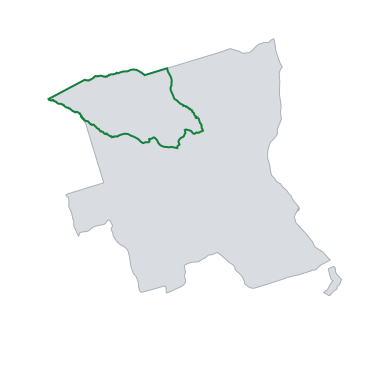 Angola, with Cuando Cubango highlighted, rotated 163°
{"feature_id": "AGO-1888", "entity_name": "Cuando Cubango", "entity_type": "Province", "adm_level": 1, "iso_a3": "AGO", "parent_name": "Angola", "parent_adm1": "", "projection": "mercator", "projection_center": [19.423, -15.802], "detail": "fine", "context": "in_parent", "style": "outline", "palette": "green", "viewbox_px": 384, "rotation_deg": 163, "n_neighbors": 0, "source": "natural_earth", "source_scale": "10m", "svg_char_len": 9458}
<svg xmlns="http://www.w3.org/2000/svg" viewBox="0 0 384 384"><g transform="rotate(163 192 192)"><path d="M313.5,183.1L313.9,185.7L314.3,189.4L314.6,192.1L315.0,193.3L315.1,193.9L314.7,194.6L314.4,196.2L313.9,197.6L313.5,198.6L313.8,200.5L313.4,205.8L313.3,208.5L314.1,213.3L314.0,214.7L312.3,219.1L311.9,221.3L311.8,222.4L313.5,225.7L313.4,226.3L312.1,226.5L311.0,226.6L273.7,226.6L273.7,282.8L273.7,287.6L274.9,294.0L277.1,301.0L278.0,301.7L280.2,302.9L283.3,305.6L285.0,307.5L288.6,311.0L293.2,315.4L301.7,322.8L273.3,328.4L262.5,330.4L261.5,330.4L259.9,329.6L256.4,329.5L252.3,330.5L249.0,330.8L246.6,330.3L244.3,329.4L242.0,328.0L238.0,327.5L232.3,327.9L226.9,327.6L221.7,326.7L217.9,326.4L215.6,326.6L213.2,326.3L210.6,325.5L208.5,324.2L205.9,321.4L203.8,318.7L203.3,318.3L202.7,317.9L202.0,317.8L190.8,317.6L122.4,317.5L114.4,318.0L113.8,317.9L112.8,317.6L112.2,317.0L109.9,315.5L108.0,314.3L105.3,312.4L103.6,310.3L102.2,309.6L99.6,309.2L97.7,308.8L96.1,308.7L93.3,309.7L91.3,310.7L89.8,311.7L87.2,312.8L85.0,313.9L81.3,313.7L80.5,313.9L78.4,313.8L76.4,312.9L74.4,312.9L72.1,314.2L68.9,314.6L69.7,306.7L70.5,303.2L70.5,299.1L70.0,288.3L69.5,286.8L69.1,285.1L71.1,283.7L72.1,282.7L73.4,280.9L74.4,278.5L75.5,272.9L79.7,260.3L81.7,247.9L84.2,242.1L85.1,235.6L92.0,227.1L93.7,222.0L97.3,219.4L102.4,216.7L106.0,211.9L107.8,208.6L109.8,202.2L109.8,195.6L111.0,186.8L110.8,184.2L108.9,180.7L108.5,178.2L106.8,175.7L104.9,173.9L104.0,170.5L100.7,165.3L99.8,161.8L98.3,159.3L98.0,156.2L97.2,152.9L95.6,149.7L94.1,146.0L94.1,144.9L95.0,143.5L95.9,143.0L95.6,143.7L95.0,144.5L95.2,145.2L101.3,138.7L101.7,137.4L101.4,136.0L101.4,134.3L101.7,132.3L95.9,120.4L91.3,109.3L90.6,103.7L84.5,96.4L82.1,91.6L80.8,88.3L79.7,87.0L80.1,86.4L81.7,86.2L85.2,85.4L89.9,84.6L94.3,82.6L95.4,81.8L97.8,81.6L100.1,82.1L101.0,81.8L101.5,81.7L107.1,81.7L109.4,81.6L113.7,81.6L116.4,81.8L117.9,82.0L122.1,82.3L127.2,82.3L129.1,82.1L135.9,82.0L148.6,81.8L155.3,81.8L160.4,81.8L162.7,82.5L164.8,83.8L165.8,85.0L166.3,85.5L166.9,86.8L168.0,87.8L168.5,89.4L168.1,91.5L168.3,94.0L169.0,96.9L170.4,100.1L172.5,103.3L173.4,105.9L173.1,107.8L173.8,109.8L175.4,112.0L176.5,113.1L177.2,113.9L179.0,117.2L184.8,126.3L185.7,126.8L187.0,126.6L189.7,126.3L192.4,126.2L194.3,127.0L195.0,126.8L197.9,125.3L200.8,124.8L203.8,124.2L205.4,123.5L207.2,123.5L212.1,124.8L213.0,124.8L217.0,124.8L220.9,124.1L221.5,118.9L221.5,117.8L222.5,115.9L223.7,114.2L223.9,112.5L223.8,110.3L224.7,107.5L227.3,105.4L231.6,104.4L234.1,104.2L237.9,103.6L243.8,102.9L245.9,103.0L246.1,103.3L244.9,107.1L244.8,108.3L245.3,109.6L246.3,110.2L257.9,110.4L269.1,110.8L269.7,111.0L270.2,111.3L270.9,113.1L270.8,116.8L269.7,122.1L270.1,127.1L272.0,131.7L272.2,138.8L270.7,148.4L270.4,154.5L271.2,157.1L273.1,159.7L275.9,162.5L278.1,166.1L279.6,170.6L280.2,173.4L279.8,174.5L279.8,176.5L280.3,179.4L279.7,181.3L278.2,182.2L277.7,183.5L278.5,185.9L278.6,188.1L279.7,189.6L280.4,189.7L282.0,188.9L283.8,187.4L285.3,186.8L287.4,186.9L290.4,187.3L295.6,187.5L297.3,187.2L302.1,185.2L303.4,185.0L305.3,185.2L308.1,185.8L310.8,185.9L312.1,185.3L312.3,184.5L312.7,183.5L313.5,183.1ZM95.5,57.1L95.2,57.4L93.0,58.3L90.7,59.1L87.6,62.5L86.0,64.0L85.6,64.3L84.1,65.1L83.1,65.8L83.1,66.2L83.8,66.7L84.5,67.4L84.5,72.9L84.2,78.4L83.8,78.8L81.8,79.0L79.2,79.4L78.4,79.6L78.1,79.1L77.2,77.1L77.7,75.2L78.2,73.8L77.6,70.9L76.3,68.4L74.9,65.1L74.4,64.5L75.6,63.4L77.4,61.1L78.2,60.0L80.2,59.7L81.0,58.9L81.6,57.5L81.8,56.8L84.1,56.1L86.9,55.0L88.5,53.8L90.0,53.0L91.0,52.9L91.7,53.3L93.5,55.4L95.0,56.8L95.5,57.1Z" fill="#d9dde1" stroke="#a8b0b8" stroke-width="1"/><path d="M273.5,291.6L274.3,292.7L275.0,293.8L274.4,293.8L274.6,294.1L274.8,294.9L275.2,295.4L275.2,296.2L275.9,296.3L276.2,296.5L276.0,297.0L275.8,297.4L275.7,297.7L275.7,298.1L276.3,299.2L276.2,299.7L276.3,299.9L276.7,299.9L276.9,300.1L277.0,300.7L277.2,301.0L278.9,302.4L279.1,302.5L279.3,302.5L279.8,302.3L279.9,302.2L280.3,302.5L280.8,302.6L281.0,302.8L281.1,303.1L281.7,303.9L282.1,304.0L282.3,304.1L282.5,304.3L283.9,306.6L284.1,307.2L284.3,307.5L284.6,307.6L285.2,307.8L285.5,308.1L285.5,308.6L285.6,308.8L286.0,308.9L287.2,309.4L287.4,309.6L288.3,310.6L288.7,311.1L289.0,311.7L289.2,312.7L289.4,313.0L289.7,313.2L290.3,313.5L291.1,314.3L291.6,314.6L292.9,315.1L293.8,315.4L294.1,315.6L294.9,316.5L295.0,316.7L295.2,317.3L295.6,317.9L296.1,318.5L296.6,318.9L297.4,319.2L297.6,319.4L297.7,319.8L297.7,320.4L297.9,320.7L298.3,320.8L299.3,320.6L299.9,320.6L300.5,320.9L300.9,321.2L301.3,321.6L301.8,322.0L301.6,322.3L301.6,322.6L301.8,322.9L283.7,326.4L262.2,330.6L261.9,330.7L261.7,330.7L261.4,330.2L260.8,329.9L259.7,329.5L258.8,329.0L258.4,328.9L257.6,329.0L257.3,328.9L257.0,329.0L256.6,329.2L256.3,329.2L256.0,329.1L252.3,330.1L252.0,330.7L251.3,330.8L250.8,331.0L250.2,331.1L249.8,330.7L249.2,330.4L248.9,330.3L248.7,330.4L248.6,330.5L248.2,330.5L247.9,330.3L247.8,330.2L247.4,330.0L246.7,329.9L245.9,330.0L245.4,330.1L245.2,330.0L244.6,329.5L243.9,329.2L242.9,328.2L242.4,328.0L241.8,328.1L241.1,327.4L240.8,327.3L239.9,327.5L239.7,327.3L239.0,327.9L238.5,327.7L238.0,327.7L237.5,327.8L237.2,328.1L237.1,327.9L236.8,328.1L236.5,328.1L236.0,328.1L234.8,328.2L233.9,327.9L233.1,327.5L230.0,327.5L229.9,327.6L229.5,328.1L229.2,328.1L228.3,327.7L228.2,327.6L228.0,327.2L227.6,327.1L227.1,327.1L226.0,327.4L222.5,327.4L219.4,326.5L219.0,326.3L218.1,326.3L217.3,326.2L216.9,326.3L216.2,326.6L214.5,326.7L211.9,326.2L210.1,325.3L209.3,325.1L209.1,324.9L208.7,324.3L207.5,323.1L207.0,322.8L206.8,322.6L206.7,322.4L206.5,321.9L205.5,321.0L205.2,320.9L205.1,320.6L204.4,319.3L203.9,319.1L203.9,318.9L203.5,318.1L203.3,317.9L203.2,317.6L179.7,317.6L179.8,314.0L178.8,309.5L178.6,307.4L178.6,306.0L178.8,304.6L179.0,303.9L179.9,301.9L180.3,300.2L181.6,298.6L181.9,298.0L182.2,297.4L182.5,296.2L182.4,293.6L181.8,289.6L181.8,287.0L181.6,286.4L181.3,285.7L181.0,285.4L180.0,284.5L177.4,279.9L176.9,279.4L175.8,278.6L175.4,278.1L175.2,277.1L174.8,277.3L174.7,277.1L174.5,276.7L174.3,276.6L173.7,276.5L172.8,275.7L172.4,275.5L172.4,275.4L172.6,275.1L171.9,274.7L171.7,274.5L171.2,274.1L171.1,273.7L171.0,273.1L170.9,272.9L170.2,272.8L169.9,272.6L169.7,272.3L169.6,272.1L169.7,271.6L169.7,271.4L169.1,271.2L168.2,270.2L168.0,269.8L168.0,269.5L168.0,269.3L168.3,269.1L168.3,268.8L168.2,268.4L167.9,268.1L167.7,267.8L167.3,267.2L167.1,266.9L167.1,266.4L167.3,265.3L167.2,264.8L167.0,264.4L166.2,263.4L166.2,263.2L166.5,262.4L166.7,262.2L166.3,261.9L165.5,261.8L165.8,261.4L165.2,261.3L164.8,261.0L164.4,260.5L164.1,260.1L164.1,258.3L164.2,257.9L164.1,256.8L164.2,256.0L164.0,255.5L163.7,254.8L163.6,254.5L163.3,252.7L163.4,252.4L163.7,252.2L163.9,250.9L164.0,250.2L163.6,248.8L163.6,248.6L163.8,248.2L163.6,247.4L164.0,247.2L166.0,247.2L166.9,247.1L167.6,246.8L168.2,246.7L168.8,246.8L169.2,246.9L169.9,247.4L170.2,247.6L170.7,247.6L171.1,247.5L171.7,247.1L172.3,246.9L172.7,247.0L173.2,247.1L173.4,247.3L173.7,247.6L174.3,248.7L174.5,249.1L174.7,250.1L174.9,250.5L175.8,251.3L176.9,252.0L177.5,252.3L178.7,253.1L179.3,253.4L179.8,253.5L180.1,253.6L180.5,253.5L180.3,253.2L180.3,252.9L180.9,252.1L181.0,251.7L181.0,251.4L181.0,250.6L181.1,250.2L182.2,249.4L182.8,248.7L183.4,247.8L183.7,247.6L184.2,247.3L184.4,247.3L185.1,247.4L186.0,247.0L186.7,247.0L186.9,247.0L187.9,246.3L188.4,246.2L189.1,245.5L189.5,245.2L190.1,244.5L190.2,244.1L190.2,242.2L190.1,241.7L190.0,241.2L190.3,240.8L192.0,240.4L192.6,239.9L192.9,239.1L193.2,238.3L193.8,238.6L198.4,241.1L199.1,241.3L199.6,241.3L200.1,241.2L200.8,241.4L203.3,242.6L204.1,242.8L204.7,243.0L205.2,243.2L206.5,244.2L206.7,244.3L207.0,244.4L207.2,244.6L207.4,245.0L208.2,245.5L208.7,246.1L208.8,246.3L208.8,246.6L208.9,246.9L209.1,247.1L209.3,247.6L209.7,248.0L209.8,248.3L209.9,248.5L209.7,248.8L209.7,249.0L210.0,249.8L210.1,250.3L210.2,250.6L210.1,251.0L210.2,251.7L210.4,252.1L210.6,252.6L210.9,253.0L211.1,253.6L211.4,253.9L211.5,254.3L212.1,255.1L212.8,255.4L213.1,255.4L214.5,254.9L215.1,254.8L215.9,254.9L217.3,255.2L217.7,255.0L217.8,254.7L217.6,253.7L217.6,253.3L217.7,252.9L218.1,252.6L218.5,252.4L219.1,252.3L219.8,252.5L220.7,252.9L222.4,253.2L224.0,253.0L224.7,253.1L225.0,253.5L225.5,254.3L226.0,254.7L226.4,255.1L226.8,256.3L226.9,256.5L227.2,256.8L227.5,257.3L227.8,258.1L227.9,258.3L228.1,258.5L228.6,258.9L228.8,259.1L229.1,259.6L229.6,260.0L230.6,261.1L231.7,262.0L232.1,262.4L232.4,262.6L232.6,262.9L233.1,263.1L233.8,263.5L234.3,264.3L235.3,265.1L235.8,265.8L237.4,266.7L238.4,267.0L239.1,267.4L239.4,267.5L240.2,267.4L240.9,267.4L242.5,267.7L243.4,267.5L244.8,267.5L245.1,267.5L245.5,267.3L245.9,267.1L246.3,267.1L246.8,267.2L247.0,267.1L247.3,266.9L247.5,266.9L247.8,267.0L248.7,267.5L249.5,267.8L250.2,267.9L250.5,267.8L250.7,267.5L250.9,267.4L251.3,267.6L251.9,268.1L252.3,268.2L252.7,267.9L253.1,268.5L253.2,268.9L253.4,268.8L253.5,268.9L255.2,270.7L255.6,271.4L256.1,271.9L256.2,272.3L256.5,272.1L256.9,272.2L257.1,272.4L257.2,273.0L257.5,273.2L257.8,273.1L258.3,273.0L258.8,273.5L259.4,274.7L259.4,274.9L259.3,275.1L259.4,275.3L259.9,275.7L260.6,276.0L260.8,276.2L260.9,276.6L261.3,276.5L261.7,276.6L261.9,276.8L262.3,277.8L262.6,279.4L262.8,279.8L263.5,280.0L264.1,280.8L264.5,281.3L264.7,282.3L264.9,282.6L265.6,283.4L266.0,284.8L266.6,285.3L267.2,285.4L267.8,285.3L268.3,285.5L268.5,285.8L268.5,286.1L268.6,286.3L269.1,286.4L269.2,286.6L269.6,287.4L269.7,287.8L270.2,288.5L270.7,289.8L270.9,290.1L271.2,290.3L272.3,290.7L272.9,291.1L273.5,291.6Z" fill="none" stroke="#15803d" stroke-width="2"/></g></svg>